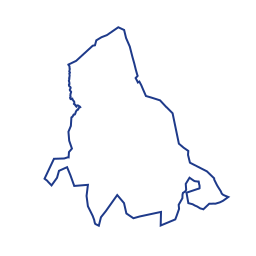 Kunchi, Kano, Nigeria (Equal Earth projection), rotated 352°
{"feature_id": "59680162B19874744513454", "entity_name": "Kunchi", "entity_type": "district", "adm_level": 2, "iso_a3": "NGA", "parent_name": "Nigeria", "parent_adm1": "Kano", "projection": "equal_earth", "projection_center": [8.25, 12.468], "detail": "fine", "context": "isolated", "style": "outline", "palette": "blue", "viewbox_px": 256, "rotation_deg": 352, "n_neighbors": 0, "source": "geoboundaries", "source_scale": "gbopen_adm2", "svg_char_len": 3008}
<svg xmlns="http://www.w3.org/2000/svg" viewBox="0 0 256 256"><g transform="rotate(352 128 128)"><path d="M217.7,210.3L214.6,208.5L212.9,207.4L211.7,206.0L211.1,203.6L208.7,198.3L208.0,196.5L206.2,191.1L206.3,189.8L200.1,181.9L185.4,171.6L184.5,170.9L183.7,163.0L184.5,159.1L180.4,155.3L180.3,155.2L176.2,150.6L174.2,119.6L169.1,112.8L168.9,112.7L163.6,105.1L159.9,103.3L155.3,101.1L150.2,98.8L148.3,92.0L147.1,87.5L145.7,83.6L144.1,84.3L143.6,82.6L142.5,79.6L143.2,79.0L144.3,78.2L144.8,77.7L144.5,76.2L143.8,70.9L143.2,65.1L142.3,58.4L142.0,55.8L141.1,47.6L138.6,38.6L137.8,30.4L132.4,26.9L120.0,33.1L114.4,34.4L108.8,36.8L106.8,41.5L104.5,41.6L86.0,54.3L77.8,56.9L78.0,57.7L78.4,58.2L78.6,58.7L78.6,59.6L78.4,60.6L78.6,61.4L78.3,62.2L77.7,63.9L78.1,64.5L78.2,65.2L77.5,65.8L77.5,66.7L77.5,67.6L77.5,68.2L77.1,69.2L77.0,70.0L76.6,70.4L76.8,71.1L76.4,72.2L76.0,73.0L76.1,73.6L76.3,74.5L76.2,75.2L76.2,76.0L76.1,76.4L75.8,76.5L75.6,76.7L75.5,77.1L75.5,77.6L75.6,78.0L75.7,78.5L76.0,78.8L76.3,79.0L76.6,79.4L76.7,79.8L76.8,80.2L76.6,80.6L76.4,81.1L76.1,81.4L75.8,81.7L75.7,82.1L75.7,82.5L75.9,83.0L76.2,83.5L76.5,83.8L76.7,84.2L76.6,84.7L76.4,85.2L76.2,85.5L75.9,85.9L75.8,86.5L75.6,87.1L75.4,87.7L75.5,88.5L75.5,89.0L75.3,89.3L75.0,89.6L74.8,90.0L74.9,90.4L75.0,90.8L75.2,91.4L75.4,91.5L75.7,91.6L76.0,91.5L76.3,91.2L76.6,91.0L76.9,91.1L76.9,91.5L77.1,92.0L77.3,92.5L77.5,93.0L77.7,93.4L78.0,93.7L78.2,94.1L78.4,94.6L78.4,95.1L78.3,95.6L78.2,96.1L77.8,96.6L78.0,96.9L78.3,97.1L78.6,97.4L79.0,97.6L79.0,98.3L79.4,98.9L79.8,99.6L80.3,99.1L80.7,98.7L81.3,98.6L81.8,98.8L82.3,99.3L83.2,100.0L83.6,100.7L82.4,101.2L81.9,101.5L81.5,101.8L81.4,102.1L81.3,102.7L81.0,102.9L80.7,103.0L79.9,103.2L79.4,103.6L78.8,104.5L78.3,105.2L77.9,106.2L77.3,107.1L77.0,107.3L76.1,107.1L75.6,107.7L75.2,108.4L74.7,108.8L74.5,109.2L74.0,109.4L73.6,109.5L73.3,110.0L73.2,110.8L71.7,118.0L68.5,123.4L68.0,132.4L69.6,140.6L66.2,143.6L65.1,148.8L64.6,148.6L60.6,149.3L50.4,148.2L38.3,166.6L40.6,168.9L41.4,170.2L44.3,174.2L50.8,167.4L53.7,160.8L57.5,159.7L62.2,158.3L62.6,159.8L64.4,166.8L66.7,177.9L80.4,178.7L77.5,189.5L77.4,199.9L80.8,210.1L81.2,212.0L81.7,214.2L81.9,217.2L82.3,218.5L85.5,220.7L88.8,212.6L94.5,207.2L108.0,192.9L113.6,201.8L114.5,212.4L120.8,218.1L127.6,217.2L127.8,217.2L149.0,215.7L146.8,229.1L162.1,225.1L163.9,221.8L167.3,215.2L167.5,211.1L172.1,205.1L172.7,201.6L173.4,199.9L175.6,198.9L176.3,198.2L177.0,197.3L177.1,195.9L177.4,191.4L182.0,185.8L185.9,189.4L186.9,190.0L188.8,190.5L189.3,190.6L189.6,190.8L190.5,190.8L190.6,191.3L190.6,192.1L190.6,193.1L190.6,193.6L190.7,193.9L190.7,194.3L190.8,194.6L190.8,194.9L190.8,195.4L190.7,196.1L190.6,196.7L190.6,197.0L190.5,197.3L190.5,197.6L190.4,197.7L190.1,197.8L189.8,197.9L189.7,197.9L189.4,198.0L188.8,198.0L181.8,199.3L176.9,200.2L177.3,210.8L181.4,212.5L183.3,214.0L185.6,215.4L188.4,217.7L190.6,218.6L191.3,219.0L197.9,214.3L200.0,214.6L202.2,214.8L204.2,215.1L208.7,214.4L212.0,213.3L217.7,210.3Z" fill="none" stroke="#1e3a8a" stroke-width="2"/></g></svg>